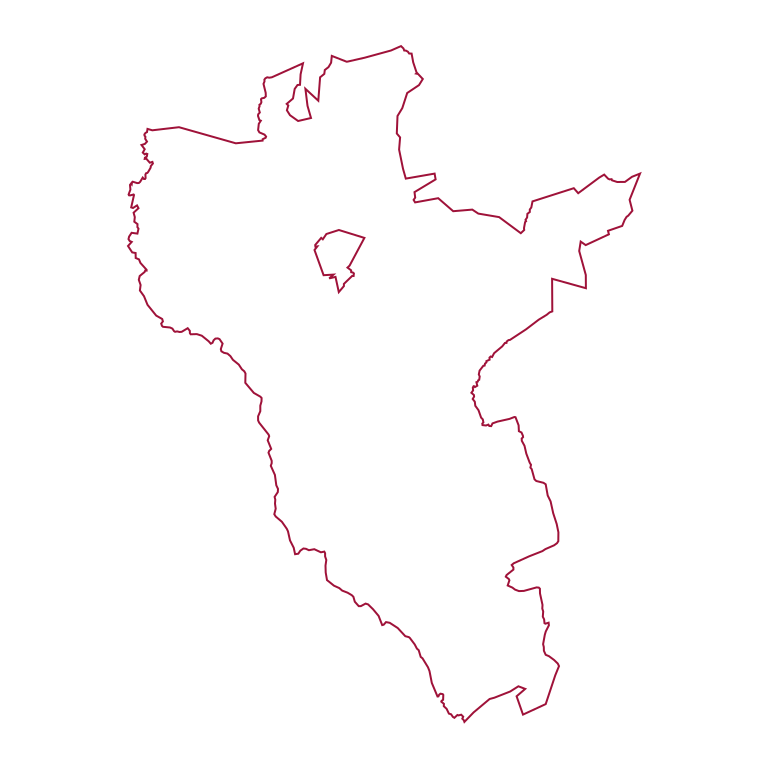 outline of Masvingo, Masvingo, Zimbabwe
{"feature_id": "62879985B11590561680965", "entity_name": "Masvingo", "entity_type": "district", "adm_level": 2, "iso_a3": "ZWE", "parent_name": "Zimbabwe", "parent_adm1": "Masvingo", "projection": "mercator", "projection_center": [30.887, -20.31], "detail": "fine", "context": "isolated", "style": "outline", "palette": "rose", "viewbox_px": 768, "rotation_deg": 0, "n_neighbors": 0, "source": "geoboundaries", "source_scale": "gbopen_adm2", "svg_char_len": 6084}
<svg xmlns="http://www.w3.org/2000/svg" viewBox="0 0 768 768"><path d="M640.0,173.6L632.0,176.8L625.0,181.9L617.2,182.0L612.0,180.3L611.6,179.2L609.6,179.4L608.1,178.7L604.2,174.6L599.2,177.6L578.2,193.2L573.8,188.2L532.5,201.4L531.3,207.5L529.8,209.5L529.8,212.0L527.4,213.8L527.1,217.5L525.5,219.9L526.1,221.2L525.1,222.1L524.0,228.1L524.2,230.0L520.8,233.2L499.1,217.1L478.3,213.6L472.3,209.6L453.2,211.2L438.2,198.2L415.1,202.4L413.6,199.9L415.2,197.6L414.5,192.1L435.6,179.4L434.6,173.6L405.8,178.6L403.0,168.7L399.1,149.6L400.1,137.4L396.8,133.5L397.5,116.0L402.3,108.1L407.2,93.0L419.0,85.1L422.8,79.0L417.3,73.2L417.2,73.8L416.3,73.6L416.8,73.2L413.2,62.3L411.6,53.6L409.1,53.5L407.9,51.7L405.9,50.6L404.2,50.5L403.5,48.5L401.0,46.1L391.0,50.5L364.7,57.7L347.6,61.6L346.6,61.7L331.8,55.9L331.1,62.7L328.5,67.1L324.8,70.0L324.3,73.9L320.1,77.3L318.3,100.7L305.4,88.8L307.5,105.8L311.0,118.0L298.1,121.0L290.0,115.2L286.9,110.3L288.3,105.5L286.7,103.9L293.0,98.5L294.7,88.9L297.5,85.0L300.0,84.8L300.6,74.3L303.0,63.3L271.8,77.3L269.2,77.7L267.2,77.3L265.4,78.3L264.4,79.6L264.5,81.4L263.5,83.9L265.7,92.9L265.8,96.4L264.3,97.8L261.7,98.4L261.0,99.2L261.4,102.1L260.8,103.7L259.4,104.8L259.6,106.1L258.7,108.7L259.8,112.5L258.2,114.3L258.0,115.9L259.4,120.1L260.8,120.7L258.8,123.8L258.1,130.1L259.4,132.4L264.5,134.6L266.1,136.6L265.6,137.8L262.7,139.2L262.6,140.6L235.8,143.3L179.0,127.2L152.3,130.3L147.5,128.9L147.0,132.1L145.5,132.9L144.4,134.4L144.5,135.6L145.4,136.7L145.2,138.8L147.0,141.6L144.9,143.9L141.5,145.0L144.7,149.2L142.8,152.6L144.7,154.4L146.2,153.6L147.3,154.0L146.8,156.6L144.9,157.7L144.7,158.9L146.3,158.7L149.8,162.7L152.4,161.9L152.9,163.5L150.8,166.1L150.6,167.7L148.3,171.7L147.4,172.9L146.0,173.3L145.4,174.6L145.6,178.1L145.0,179.0L143.9,179.0L142.7,177.6L140.1,181.9L138.8,183.0L137.2,183.1L132.7,181.7L132.0,182.3L131.7,184.4L131.0,183.6L130.0,184.9L130.4,189.6L128.6,194.5L129.0,195.3L130.1,195.4L133.6,194.5L134.0,195.0L131.2,207.4L133.0,208.0L137.0,205.4L138.5,208.2L133.6,212.7L134.8,217.1L134.3,221.7L137.5,224.1L137.4,227.1L138.5,228.7L137.4,233.6L131.6,232.8L129.1,236.6L128.5,239.1L129.7,241.0L131.7,241.9L128.0,246.0L132.2,252.4L135.6,253.0L135.7,258.0L139.0,259.4L140.4,262.9L146.6,269.8L146.6,270.6L145.2,270.6L144.6,272.0L139.7,276.0L138.8,279.8L140.6,285.0L139.9,290.5L144.0,296.2L147.5,304.8L156.2,315.6L162.2,319.0L162.9,321.4L161.2,323.6L162.0,325.9L163.0,326.8L170.0,327.5L172.4,328.6L174.1,331.2L175.1,331.8L177.1,331.4L179.6,332.0L181.7,331.8L187.7,328.2L189.8,330.8L189.9,333.2L190.7,334.3L196.8,334.1L201.8,335.7L208.7,341.3L210.8,343.7L212.5,342.8L213.6,340.3L215.4,338.6L217.8,338.4L219.5,339.1L222.6,343.6L220.8,349.1L221.4,351.3L223.9,352.8L227.5,353.6L230.4,356.1L232.9,359.8L238.8,364.6L241.9,369.3L244.3,371.3L245.5,373.5L245.3,382.8L253.8,392.9L260.4,396.7L261.6,398.0L261.5,401.4L260.3,405.7L260.3,411.2L258.1,416.3L258.1,420.4L259.1,422.6L268.6,434.6L269.2,436.2L267.7,440.3L271.2,448.9L269.2,450.9L268.5,452.7L271.7,460.8L271.7,463.2L270.8,465.8L274.9,474.9L276.3,485.3L278.0,488.9L277.8,492.1L274.6,496.9L275.3,499.7L275.0,503.6L275.7,508.7L274.3,514.2L275.7,516.5L281.9,521.8L286.8,528.8L288.0,531.4L290.0,540.4L293.7,547.7L295.1,554.2L298.3,553.7L300.3,550.7L303.4,548.5L305.9,548.8L308.9,550.2L314.3,549.2L320.9,552.3L324.3,551.6L325.1,553.2L325.1,556.4L326.3,560.0L325.5,565.6L325.7,572.5L327.0,580.1L334.0,585.7L339.3,588.1L342.2,590.6L347.6,592.7L351.8,595.2L353.4,596.8L354.8,601.7L358.7,606.1L360.9,606.1L365.6,603.6L368.1,604.4L373.0,609.2L378.6,615.9L382.2,625.1L383.7,624.7L386.0,622.1L389.7,622.8L397.7,628.0L405.3,636.2L408.8,637.1L409.8,637.9L414.7,644.4L416.9,648.6L418.7,650.2L420.7,656.9L422.5,658.3L428.0,667.3L429.5,671.1L431.8,682.9L437.5,696.5L438.4,696.4L439.1,694.8L440.4,693.7L442.7,694.1L443.3,694.9L443.1,699.8L441.6,700.8L441.3,701.7L443.9,703.8L443.8,706.2L446.6,708.8L448.9,713.6L451.1,714.3L452.9,716.9L454.4,717.8L457.4,715.0L458.5,715.4L461.2,714.7L463.2,716.7L462.3,718.7L463.8,720.2L464.4,721.9L473.6,712.4L489.6,699.0L494.4,697.7L510.2,691.5L518.4,686.3L525.2,688.9L516.6,696.3L523.0,714.6L545.7,704.1L555.3,675.2L559.0,666.1L557.8,663.6L554.1,660.0L549.0,656.2L545.7,654.8L543.9,650.8L543.8,647.0L543.1,644.2L544.8,634.8L545.8,631.4L548.9,625.3L548.6,622.7L545.4,623.7L544.5,623.2L544.1,619.3L542.8,616.7L543.2,611.5L542.3,608.6L542.5,604.9L540.0,593.4L539.9,588.7L538.8,587.6L536.6,587.4L523.9,590.9L519.0,591.1L515.0,589.6L512.4,587.6L507.7,585.5L509.4,580.3L508.8,579.0L505.8,576.7L506.6,575.0L513.4,569.6L513.4,567.5L511.7,565.0L513.7,563.3L529.2,556.3L542.4,551.1L545.4,549.1L554.1,545.3L557.0,543.2L558.3,541.2L558.4,532.3L556.7,524.0L553.2,513.2L550.6,501.4L547.7,495.5L545.7,484.3L543.5,482.8L536.3,481.0L534.5,479.3L531.7,469.1L530.4,467.6L531.0,464.8L529.7,462.7L526.3,453.6L524.5,445.8L521.8,440.8L521.7,438.5L523.1,437.1L522.9,435.7L521.5,432.5L518.9,431.2L518.6,425.3L515.5,417.2L514.4,417.0L509.5,418.9L497.5,421.6L492.5,423.4L491.2,426.1L489.3,426.0L488.4,424.6L486.0,425.5L482.5,425.1L482.3,423.6L483.4,422.4L482.8,419.4L481.1,417.6L478.5,410.2L475.3,405.8L474.8,401.7L472.7,399.0L474.1,396.6L473.9,395.0L471.4,392.8L473.1,390.4L472.8,387.7L473.5,386.3L473.9,386.1L474.9,387.1L477.3,385.7L476.4,382.2L477.7,381.7L478.2,380.3L479.2,379.8L479.7,376.5L478.8,374.4L479.6,370.6L483.3,365.8L484.6,365.6L485.0,363.6L486.4,362.4L486.4,361.1L489.6,359.7L489.5,357.6L490.7,356.5L492.1,357.0L494.1,353.2L502.3,346.3L504.9,343.0L506.5,342.9L506.7,341.5L508.5,340.1L510.0,339.9L526.1,329.3L538.7,319.7L546.7,314.8L549.6,312.4L552.3,311.4L552.1,278.8L585.9,288.2L585.8,275.0L579.2,251.0L580.7,241.6L585.7,245.1L608.9,234.3L608.0,230.8L622.2,225.9L624.6,220.0L626.6,216.8L628.2,215.7L632.4,210.7L629.6,199.8L640.0,173.6ZM338.9,230.0L364.4,237.9L349.6,265.6L347.5,267.6L351.1,270.3L351.2,272.2L352.8,272.5L353.9,273.4L353.6,276.0L352.2,275.9L343.9,283.9L343.9,286.1L338.8,292.1L335.5,276.9L329.2,278.4L333.5,274.6L323.6,275.2L314.5,250.0L317.3,246.4L315.4,246.6L315.2,245.0L321.2,237.9L322.8,239.3L326.4,234.0L338.9,230.0Z" fill="none" stroke="#9f1239" stroke-width="2"/></svg>